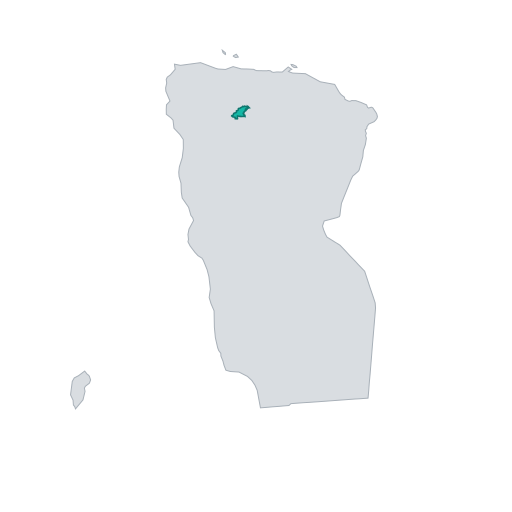 Ans, Dhamar, Yemen shown in context, rotated 105°
{"feature_id": "15242507B14895692006944", "entity_name": "Ans", "entity_type": "district", "adm_level": 2, "iso_a3": "YEM", "parent_name": "Yemen", "parent_adm1": "Dhamar", "projection": "equal_earth", "projection_center": [44.359, 14.441], "detail": "fine", "context": "in_parent", "style": "filled", "palette": "teal", "viewbox_px": 512, "rotation_deg": 105, "n_neighbors": 0, "source": "geoboundaries", "source_scale": "gbopen_adm2", "svg_char_len": 5179}
<svg xmlns="http://www.w3.org/2000/svg" viewBox="0 0 512 512"><g transform="rotate(105 256 256)"><path d="M401.5,212.4L385.4,220.1L381.1,223.5L377.3,227.8L374.5,233.1L372.5,242.4L374.2,250.9L374.1,255.5L370.0,258.5L366.1,260.7L361.7,264.0L359.1,264.8L357.0,267.5L354.5,269.3L345.4,274.1L335.5,277.8L319.8,282.3L313.7,287.1L308.2,290.5L299.8,291.5L288.2,296.1L281.8,299.7L273.9,305.7L272.1,307.6L270.7,312.1L268.3,315.9L263.5,322.1L259.9,325.4L257.5,325.5L252.8,327.3L247.3,327.7L237.9,325.5L235.5,327.0L233.6,329.4L226.4,333.7L219.1,342.3L213.8,344.6L205.1,347.3L199.1,350.9L195.0,352.3L189.8,353.1L180.1,352.7L170.9,354.0L162.3,356.4L158.3,361.0L153.8,368.3L146.3,371.3L144.6,373.9L142.3,379.3L137.4,380.7L133.1,381.6L128.6,379.2L120.2,385.7L117.0,386.8L112.1,387.0L108.7,388.4L106.2,388.0L103.1,385.5L96.6,382.4L91.8,384.4L91.4,378.3L83.6,359.6L85.2,343.3L85.2,341.0L83.7,333.7L79.0,327.1L79.1,318.7L77.6,312.7L76.3,306.5L76.7,304.8L76.8,303.4L74.4,293.8L73.6,291.9L73.4,289.9L74.1,288.4L74.1,286.6L72.9,283.7L71.5,278.2L65.1,273.8L66.4,269.8L67.7,271.2L69.4,272.4L69.7,269.8L69.8,267.8L67.1,255.5L71.1,239.1L69.9,224.4L75.9,218.4L77.4,216.6L78.3,215.1L79.7,211.7L81.7,210.6L82.4,207.1L82.3,205.3L81.1,203.8L80.1,199.7L80.5,194.4L80.8,192.3L81.4,188.3L83.5,186.8L84.0,185.6L82.4,183.1L82.6,181.6L86.2,177.4L87.6,176.1L89.9,174.8L91.7,174.8L93.8,175.6L95.7,176.7L97.5,178.9L99.4,181.3L102.3,182.3L104.3,182.0L105.9,183.1L107.3,182.5L108.9,181.2L111.4,181.3L113.6,179.9L120.0,179.2L126.2,179.6L132.6,178.5L139.1,178.6L145.6,178.6L147.0,178.8L148.4,179.6L153.9,183.3L158.0,184.1L166.4,185.1L175.3,186.2L183.0,187.1L189.5,186.3L194.9,185.5L196.4,185.7L198.1,188.0L201.4,193.7L204.5,199.2L209.9,199.5L213.3,197.4L217.1,194.5L219.4,192.3L222.1,183.5L223.8,177.7L227.7,171.3L231.1,166.0L235.4,158.8L237.9,154.9L242.6,147.1L247.2,144.1L256.1,138.3L264.7,132.5L270.4,128.8L275.2,127.1L283.3,125.6L292.8,123.9L302.3,122.2L312.4,120.4L323.7,118.3L331.4,116.9L341.3,115.1L349.5,113.7L356.8,112.3L364.3,111.0L365.8,115.3L367.3,119.6L368.7,123.9L370.2,128.2L371.7,132.5L373.2,136.8L374.7,141.1L376.2,145.4L377.7,149.7L379.2,154.0L380.7,158.3L382.2,162.7L383.7,167.0L385.1,171.3L386.6,175.6L388.1,179.9L389.6,184.1L391.9,185.5L393.3,189.5L395.4,195.2L397.4,201.0L399.5,206.7L401.5,212.4ZM426.0,387.1L428.0,387.6L431.0,386.1L439.8,385.9L450.4,390.8L448.4,392.1L447.2,393.8L442.6,395.4L438.1,399.2L424.7,401.0L420.8,400.0L417.5,396.4L411.5,391.7L413.8,388.6L414.3,387.3L415.2,385.9L418.5,383.7L421.9,384.0L426.0,387.1ZM69.2,328.8L68.8,329.7L68.2,329.5L66.2,327.2L68.4,324.6L69.6,327.0L69.2,328.8ZM63.0,270.8L61.9,271.7L61.6,270.0L62.3,266.3L63.4,265.2L64.1,268.0L63.6,269.5L63.0,270.8ZM68.1,340.5L66.0,341.8L67.5,338.3L69.0,337.6L69.4,337.8L68.1,340.5Z" fill="#d9dde1" stroke="#a8b0b8" stroke-width="1"/><path d="M124.1,314.4L124.3,314.5L124.5,314.5L124.7,314.4L124.8,314.4L125.0,314.4L125.2,314.5L125.4,314.5L125.5,314.5L125.8,314.6L126.0,314.6L126.3,314.8L126.4,315.4L126.5,315.6L126.8,315.8L127.0,315.8L127.1,315.5L127.4,315.0L127.5,314.8L127.6,314.7L127.6,313.9L127.5,313.2L127.5,312.6L127.5,311.9L128.2,311.8L128.4,311.8L128.8,311.6L128.6,310.5L128.5,310.4L128.3,309.4L128.1,309.4L127.9,309.4L127.7,309.5L127.1,309.8L126.9,309.8L126.2,310.0L125.5,310.1L125.5,309.6L125.4,308.6L125.4,307.6L125.2,307.6L125.1,307.2L125.1,306.6L125.1,306.3L125.0,306.1L124.9,305.7L124.8,305.4L124.7,305.1L124.6,304.7L124.5,304.4L124.4,304.1L124.3,303.9L124.3,303.6L124.2,303.3L124.2,303.1L124.1,302.8L124.1,302.7L123.9,302.8L123.2,303.0L122.9,303.2L122.9,303.4L122.9,303.5L122.8,303.8L122.7,303.9L122.7,304.0L122.8,304.1L122.8,304.3L122.6,304.4L122.5,304.5L122.4,304.5L122.2,304.6L122.1,304.8L121.9,305.1L121.7,305.2L121.6,305.3L121.4,305.3L121.3,305.2L121.2,305.2L121.1,304.9L121.0,304.7L120.6,304.7L120.3,304.7L120.1,304.8L119.9,304.9L119.5,304.5L119.2,304.3L119.0,304.2L118.7,303.9L118.7,304.0L118.3,304.0L118.2,304.1L117.9,303.9L117.5,303.9L117.3,304.0L117.2,304.1L116.7,304.1L116.7,303.8L116.6,303.6L117.0,303.3L117.0,303.1L116.9,303.1L116.7,302.7L116.3,302.5L116.2,302.5L115.9,302.6L115.6,302.5L115.4,302.4L115.3,302.2L115.2,302.1L115.2,301.7L114.9,301.3L114.7,301.0L114.6,300.8L114.5,301.0L114.3,301.3L114.2,301.6L114.0,301.8L113.9,301.9L113.8,302.0L113.6,302.3L113.7,302.6L113.6,302.8L113.5,303.1L113.8,303.0L113.9,302.9L114.0,302.8L114.2,303.0L114.3,303.2L114.4,303.4L114.5,303.6L114.5,303.8L114.4,304.0L114.3,304.4L114.3,304.5L114.2,304.6L114.2,304.8L114.2,305.1L114.2,305.3L114.2,305.9L114.2,306.0L114.5,306.2L114.8,306.3L115.0,306.4L115.0,306.6L115.0,306.8L115.0,307.0L114.9,307.3L114.8,307.5L115.1,307.7L115.3,307.9L115.6,308.0L116.0,308.2L116.1,308.3L116.4,308.7L116.4,308.9L116.6,309.1L116.8,309.3L117.0,309.4L117.2,309.5L117.3,309.5L117.5,309.7L117.5,309.8L117.7,310.5L117.8,310.8L118.0,311.0L118.3,311.2L118.5,311.1L118.8,311.1L119.1,311.0L119.4,311.0L119.6,311.1L119.9,311.1L120.1,311.3L120.3,311.6L120.4,311.8L120.5,311.9L120.5,312.0L120.7,312.3L120.9,312.5L121.0,312.5L121.4,312.4L121.6,312.2L122.1,312.1L122.5,312.3L122.8,312.5L123.0,312.9L123.1,313.2L123.2,313.4L123.3,313.5L123.6,313.8L123.7,314.1L123.8,314.2L124.1,314.4Z" fill="#14b8a6" stroke="#0f766e" stroke-width="1.5"/></g></svg>